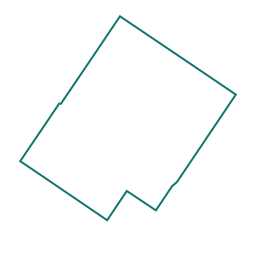 outline of Mayes, Oklahoma, United States of America, rotated 34°
{"feature_id": "52423323B2664588316143", "entity_name": "Mayes", "entity_type": "district", "adm_level": 2, "iso_a3": "USA", "parent_name": "United States of America", "parent_adm1": "Oklahoma", "projection": "albers", "projection_center": [-95.237, 36.292], "detail": "fine", "context": "isolated", "style": "outline", "palette": "teal", "viewbox_px": 256, "rotation_deg": 34, "n_neighbors": 0, "source": "geoboundaries", "source_scale": "gbopen_adm2", "svg_char_len": 414}
<svg xmlns="http://www.w3.org/2000/svg" viewBox="0 0 256 256"><g transform="rotate(34 128 128)"><path d="M133.0,216.0L157.1,216.1L162.3,216.1L162.2,180.9L197.2,180.7L197.1,157.4L197.1,151.4L198.8,145.3L198.8,133.6L198.7,40.0L140.5,39.9L93.9,39.9L58.9,39.9L58.9,75.1L58.9,103.8L58.9,106.1L58.8,145.4L57.3,146.3L57.3,168.8L57.2,215.8L81.8,215.8L133.0,216.0Z" fill="none" stroke="#0f766e" stroke-width="2"/></g></svg>